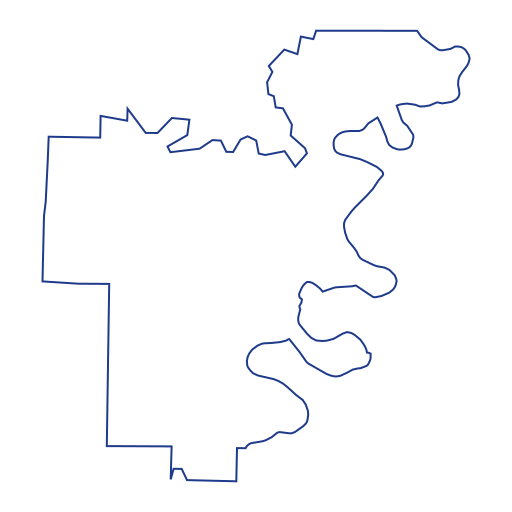 Desha, Arkansas, United States of America (orthographic projection)
{"feature_id": "52423323B73294334838827", "entity_name": "Desha", "entity_type": "district", "adm_level": 2, "iso_a3": "USA", "parent_name": "United States of America", "parent_adm1": "Arkansas", "projection": "orthographic", "projection_center": [-91.105, 33.818], "detail": "fine", "context": "isolated", "style": "outline", "palette": "blue", "viewbox_px": 512, "rotation_deg": 0, "n_neighbors": 0, "source": "geoboundaries", "source_scale": "gbopen_adm2", "svg_char_len": 3358}
<svg xmlns="http://www.w3.org/2000/svg" viewBox="0 0 512 512"><path d="M417.1,30.8L316.1,30.7L316.1,30.8L313.3,39.1L300.9,36.6L297.4,54.1L284.3,49.6L268.8,66.0L272.4,71.9L267.1,82.3L268.4,94.1L273.8,96.2L275.7,107.4L282.9,108.3L291.9,124.7L290.7,135.5L305.1,148.3L306.9,153.4L295.3,166.7L284.6,151.2L265.2,155.0L258.7,153.5L256.2,140.5L247.6,136.3L240.6,139.5L233.1,152.0L226.3,151.8L220.9,140.6L212.4,140.1L199.6,148.7L170.4,152.2L167.5,146.5L187.3,135.1L189.4,119.7L171.9,118.0L157.5,133.0L145.7,132.9L127.6,108.7L127.2,120.7L100.6,115.9L100.2,137.6L48.7,136.7L47.7,161.5L45.7,201.8L44.0,215.9L42.5,281.4L78.3,283.7L109.2,283.9L106.8,446.1L171.6,446.4L170.7,479.4L173.6,468.8L181.7,468.9L187.0,480.1L236.3,481.3L237.0,448.1L245.6,448.2L247.1,445.7L249.8,443.7L251.5,443.1L262.9,441.2L265.9,440.2L271.8,437.1L276.7,433.1L278.4,432.3L279.8,432.1L289.3,433.3L291.4,433.3L294.7,432.2L303.3,426.1L306.0,423.4L307.0,421.6L307.5,419.7L308.2,414.8L308.0,411.1L306.7,407.3L305.8,404.7L302.8,400.1L295.7,394.6L287.2,386.9L282.9,383.5L278.4,381.0L274.0,379.2L257.9,375.5L253.0,373.2L250.6,370.8L248.4,367.9L247.3,365.9L246.9,361.2L247.6,357.1L249.2,353.6L252.1,349.7L257.4,345.7L261.6,343.8L264.5,343.3L271.1,343.0L280.1,342.1L286.2,340.6L288.3,339.3L289.3,339.1L299.7,352.2L306.4,361.8L308.3,363.5L326.6,374.0L330.9,375.6L334.6,376.4L337.1,376.4L340.6,375.7L347.7,372.4L352.7,369.6L358.0,368.4L360.6,368.2L366.6,365.9L368.0,364.6L369.9,360.8L370.6,358.2L370.6,353.6L368.7,352.8L367.0,352.6L366.4,349.8L365.2,347.0L363.8,344.5L360.4,339.7L354.9,335.1L352.2,333.4L349.8,332.6L347.0,332.1L342.5,333.7L333.5,338.9L326.5,340.7L322.5,341.0L316.2,340.5L311.3,337.9L307.1,333.8L299.4,324.4L298.7,322.8L298.2,320.2L298.3,317.1L300.3,309.2L299.5,307.5L299.5,305.8L301.4,302.6L301.9,299.7L301.5,298.9L300.1,298.0L299.3,296.5L299.1,294.0L301.1,289.2L302.4,286.7L304.0,284.6L306.2,282.5L307.2,282.0L309.7,282.0L312.6,283.0L316.1,285.3L320.1,288.6L322.7,291.6L334.1,287.7L336.2,287.3L351.8,286.3L355.9,285.5L372.8,296.8L375.0,297.3L381.5,296.0L389.4,292.6L393.3,289.3L394.9,286.9L396.0,284.1L396.6,281.1L396.1,278.5L394.6,275.1L389.4,269.9L384.6,267.6L376.9,266.2L373.8,265.1L363.0,260.0L360.3,258.1L358.5,255.6L356.6,251.5L354.1,247.9L349.0,241.8L347.4,239.3L345.1,232.5L344.0,226.6L344.1,222.9L345.3,219.7L351.3,211.6L355.0,207.4L366.6,195.8L373.0,188.7L378.5,180.4L382.6,175.6L383.1,174.5L382.9,172.7L381.3,170.6L376.8,166.9L367.0,162.0L360.3,159.2L340.6,154.3L340.2,154.1L337.1,152.7L335.4,151.1L334.2,148.8L333.6,145.3L333.6,142.5L334.0,140.4L334.7,138.3L337.6,135.0L340.1,133.3L342.5,132.2L345.1,131.5L350.6,131.0L359.3,131.0L362.7,129.7L364.7,127.9L368.3,123.4L377.5,117.5L380.8,124.0L386.2,137.1L387.4,141.6L389.2,145.0L392.5,147.5L397.0,149.2L399.6,149.6L403.7,149.4L407.4,148.4L409.4,147.3L410.9,145.7L411.8,144.0L413.4,137.7L413.2,134.8L407.3,125.9L403.2,122.4L401.7,119.8L396.7,105.6L400.0,104.5L403.6,103.9L407.4,103.6L415.0,104.7L420.1,106.5L424.8,106.3L429.7,105.4L436.6,102.5L437.6,102.4L442.2,103.4L451.6,101.9L456.0,99.6L458.1,97.4L459.1,95.4L459.4,93.5L459.1,89.9L458.1,85.0L458.3,80.5L458.8,78.3L459.7,75.9L462.3,71.9L467.0,65.8L468.6,62.6L469.5,59.4L469.5,57.8L468.6,54.9L465.7,50.2L464.3,48.9L462.0,47.4L458.6,46.5L455.2,46.5L450.5,48.9L442.5,50.3L439.8,50.1L438.0,49.4L422.5,37.9L421.1,36.5L417.1,30.8Z" fill="none" stroke="#1e3a8a" stroke-width="2"/></svg>